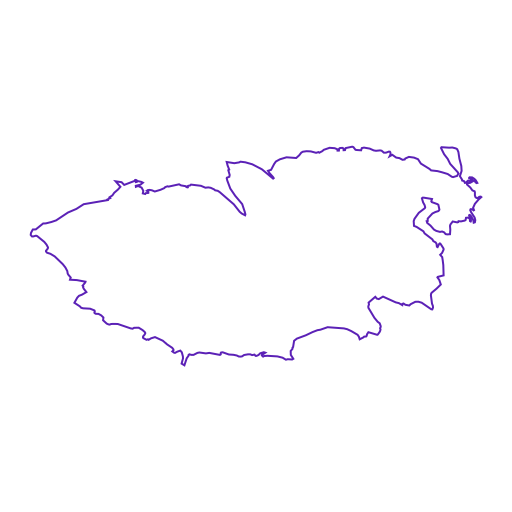 the district of Corunca, Mures, Romania
{"feature_id": "2599482B95867949885200", "entity_name": "Corunca", "entity_type": "district", "adm_level": 2, "iso_a3": "ROU", "parent_name": "Romania", "parent_adm1": "Mures", "projection": "robinson", "projection_center": [24.644, 46.518], "detail": "fine", "context": "isolated", "style": "outline", "palette": "violet", "viewbox_px": 512, "rotation_deg": 0, "n_neighbors": 0, "source": "geoboundaries", "source_scale": "gbopen_adm2", "svg_char_len": 6074}
<svg xmlns="http://www.w3.org/2000/svg" viewBox="0 0 512 512"><path d="M359.7,339.3L363.2,337.5L364.2,336.6L366.1,336.5L366.7,335.8L367.0,334.3L368.4,332.2L377.2,334.8L377.7,334.6L379.5,332.2L380.1,331.0L380.5,329.6L380.1,328.2L380.7,326.9L380.7,326.1L379.7,323.3L377.7,321.8L374.4,317.8L368.4,307.8L368.3,306.3L369.0,304.4L368.6,302.6L375.3,296.8L376.8,298.6L378.8,299.1L383.0,296.6L395.8,302.4L398.8,303.1L402.3,305.1L402.5,303.8L403.5,303.5L405.4,304.8L409.3,305.5L410.6,304.2L415.3,301.8L418.3,301.7L421.7,302.7L431.3,309.3L432.3,309.4L433.0,307.6L432.9,306.0L432.0,303.6L430.9,295.3L431.1,293.7L431.6,292.8L436.6,288.6L440.8,284.5L439.3,280.0L437.4,277.4L437.7,276.9L443.6,275.4L443.3,265.1L442.7,260.2L442.2,257.1L440.2,254.8L442.1,252.9L443.6,249.6L443.5,248.5L440.7,244.1L439.9,243.4L439.2,243.9L437.6,247.1L436.9,246.7L436.5,243.7L435.6,242.4L433.3,241.1L432.4,239.4L424.6,233.4L423.4,231.3L416.6,226.9L414.0,225.9L413.7,221.1L414.5,218.8L418.8,212.8L424.8,208.2L425.2,207.3L424.6,205.1L423.1,202.4L421.9,198.3L422.6,197.7L424.0,197.7L432.0,199.0L431.3,201.3L431.8,202.1L437.6,204.2L438.4,204.9L439.4,209.6L439.1,210.3L438.3,211.1L435.4,212.0L432.4,213.5L427.7,218.6L427.7,221.0L426.7,221.2L427.2,222.9L430.5,225.6L434.0,229.6L436.3,230.9L440.0,231.9L442.1,231.5L444.2,232.4L445.6,234.1L447.2,234.4L450.0,234.2L450.3,229.7L450.0,225.9L450.4,224.5L452.7,221.5L457.3,222.4L458.2,222.1L458.5,221.2L461.0,221.4L464.7,220.6L465.6,220.0L466.0,217.8L467.0,217.7L468.1,217.7L469.3,218.4L469.8,218.9L470.0,221.1L470.7,221.5L471.0,220.9L470.8,219.8L469.1,215.5L469.3,215.0L469.8,214.9L471.2,216.3L473.3,220.2L473.7,222.7L474.9,222.3L475.3,220.1L474.6,217.5L471.1,212.2L470.2,210.1L470.6,209.2L471.3,209.2L472.6,209.5L473.5,210.4L474.0,210.1L473.1,207.8L474.9,203.8L478.6,199.5L481.3,197.1L480.7,196.6L479.3,196.8L477.5,198.2L476.4,197.9L475.4,197.0L474.9,195.4L474.9,192.3L474.6,191.3L472.4,190.4L470.3,187.5L467.0,184.5L467.0,184.0L467.8,183.1L470.0,182.9L473.9,180.7L474.5,180.7L475.6,182.4L476.6,183.1L477.3,182.9L475.7,180.2L474.3,178.8L472.1,177.4L469.6,177.3L469.1,177.9L469.2,178.5L472.4,179.2L470.0,181.2L468.0,180.7L465.6,182.8L464.9,182.9L464.1,181.2L462.1,180.5L462.1,179.7L459.9,176.2L461.6,170.9L461.3,166.0L459.4,158.7L458.4,152.0L457.2,149.2L455.8,148.4L452.3,147.5L449.4,147.7L441.5,147.2L441.0,148.0L444.1,154.2L447.7,158.9L450.2,163.9L457.8,172.3L458.4,173.5L457.1,175.9L453.1,177.1L451.9,176.8L447.7,174.0L442.1,172.3L437.5,171.1L431.1,170.4L429.6,169.0L420.9,163.6L418.0,159.2L414.0,157.6L408.9,156.9L405.3,158.5L404.7,159.5L402.5,159.8L399.4,158.1L396.2,157.6L392.3,154.8L389.6,156.3L390.6,154.1L390.3,152.3L389.9,151.7L388.9,151.6L385.9,152.7L383.9,152.7L381.6,150.7L380.1,150.4L376.0,150.8L373.7,150.4L369.7,148.6L364.0,147.6L361.8,148.1L361.1,150.3L356.7,150.0L355.5,149.8L353.4,147.1L352.2,146.7L345.6,148.1L345.0,150.1L343.6,150.2L343.5,148.7L342.7,147.9L340.1,148.0L339.2,148.6L338.9,150.6L337.5,150.6L337.4,149.3L334.7,148.2L329.6,147.8L323.8,149.8L322.2,151.2L319.3,152.7L318.5,152.1L316.1,152.8L310.8,151.4L306.6,151.2L302.9,151.7L301.3,152.6L299.2,155.3L296.2,158.0L286.5,157.3L279.9,159.3L275.9,161.5L274.2,163.9L271.1,169.8L268.0,170.8L269.5,173.1L273.0,177.0L273.7,178.1L273.1,178.6L261.9,169.3L252.3,164.3L245.3,162.3L240.5,161.7L239.1,162.4L234.3,163.2L226.7,162.0L227.6,165.5L229.2,169.6L228.3,170.2L229.7,175.0L229.3,176.8L226.9,177.7L226.7,178.2L227.3,180.6L230.3,188.6L235.2,195.8L242.2,204.1L244.8,212.0L245.4,214.4L245.1,215.3L241.7,213.5L239.7,211.8L233.8,204.3L219.7,192.1L217.7,190.8L215.1,190.3L214.1,189.4L210.7,187.8L208.3,187.4L205.4,187.7L200.9,185.8L191.0,184.6L190.2,185.4L188.0,185.9L187.6,186.3L187.8,187.3L187.4,187.4L186.3,187.0L185.8,186.2L181.0,185.4L179.1,184.3L168.6,186.6L167.5,186.3L165.2,187.1L164.3,188.1L160.5,189.8L154.8,191.5L151.9,190.3L149.5,189.9L147.8,190.1L146.8,190.8L148.4,191.9L148.3,192.9L145.7,193.2L145.2,194.0L142.8,193.4L143.3,190.8L141.6,187.6L138.1,186.0L135.9,186.8L135.8,185.8L140.4,184.7L142.9,182.7L141.4,181.9L137.4,181.0L136.9,181.9L135.8,182.1L135.6,181.2L136.2,180.1L135.7,179.9L135.1,180.0L134.6,180.9L124.2,184.9L121.6,182.2L115.6,181.3L120.4,186.8L118.0,189.5L114.2,192.8L112.4,195.4L109.5,197.3L110.2,198.1L107.4,199.5L107.7,200.1L83.7,204.2L76.4,208.9L68.0,212.5L56.1,220.4L51.4,222.0L45.8,223.4L43.1,223.5L35.8,229.4L32.8,229.5L31.0,232.9L30.7,234.9L31.9,236.4L33.0,236.5L36.0,235.7L37.2,236.1L44.3,241.9L46.5,244.6L48.0,247.4L47.8,248.5L46.0,250.8L46.0,251.5L47.0,252.7L50.4,253.8L54.7,256.4L62.8,264.2L65.4,267.5L67.3,271.1L67.7,273.6L68.3,274.7L70.7,277.5L70.0,279.7L76.9,280.1L85.5,281.7L85.3,282.4L82.6,285.7L83.3,286.5L83.1,287.4L83.8,288.8L86.4,292.1L81.9,294.7L79.0,295.8L77.3,297.6L74.4,302.8L79.8,306.3L81.2,307.8L83.1,308.3L90.1,308.7L94.4,310.4L94.8,311.2L94.4,312.5L94.6,313.1L95.8,313.8L98.5,313.9L101.1,315.3L103.4,317.5L103.1,320.3L106.7,323.6L108.5,324.4L109.7,324.6L111.1,324.0L113.7,323.9L117.8,324.0L130.7,328.4L132.6,328.7L134.1,327.8L138.7,327.7L142.6,330.1L144.8,332.1L145.3,333.1L144.7,334.5L143.1,336.4L143.0,337.7L143.5,338.2L146.5,339.8L148.0,339.3L148.6,339.8L151.1,338.3L155.0,337.1L162.8,340.7L167.1,344.4L172.2,347.8L173.4,349.4L173.5,350.2L172.3,351.4L173.9,352.6L175.0,352.9L177.2,351.7L180.3,350.6L181.8,352.3L182.9,356.4L183.0,358.4L181.6,363.6L184.4,365.3L186.7,358.3L188.6,355.6L188.6,354.9L189.4,354.3L191.4,354.9L193.5,354.9L197.4,352.9L199.4,352.5L205.9,353.4L209.3,352.9L219.9,354.9L220.7,354.4L220.7,353.1L221.1,352.5L222.7,352.3L228.9,354.5L233.5,354.8L236.8,355.5L238.8,356.5L240.5,356.6L242.0,356.4L244.1,355.0L248.2,354.3L250.2,354.3L252.1,355.1L254.5,354.6L255.6,355.9L256.5,355.9L258.5,355.0L260.2,353.3L263.8,352.2L265.3,352.7L261.9,354.9L261.8,355.4L263.1,356.6L264.2,356.0L267.6,355.8L277.4,356.4L282.6,357.7L285.9,359.7L287.8,359.2L292.1,359.5L293.3,358.8L290.8,354.9L290.7,351.0L292.5,348.8L292.5,347.7L293.1,347.0L294.1,340.8L296.9,338.6L305.8,335.3L312.5,332.1L317.4,330.2L320.4,329.7L327.6,327.2L343.9,328.4L347.2,329.2L351.3,331.1L357.6,334.8L358.9,336.7L359.7,339.3Z" fill="none" stroke="#5b21b6" stroke-width="2"/></svg>